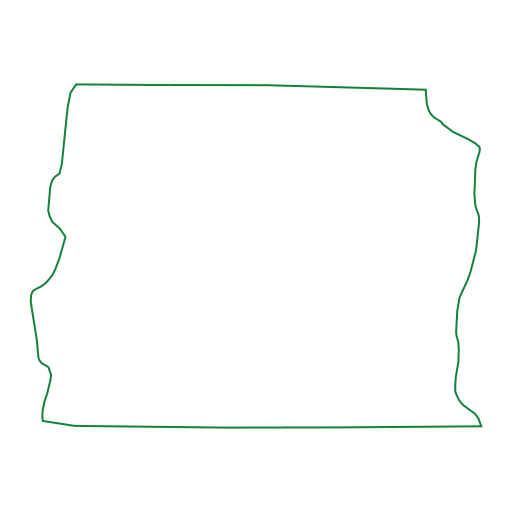 outline of Distrito Federal
{"feature_id": "BRA-599", "entity_name": "Distrito Federal", "entity_type": "Federal District", "adm_level": 1, "iso_a3": "BRA", "parent_name": "Brazil", "parent_adm1": "", "projection": "equal_earth", "projection_center": [-47.783, -15.766], "detail": "fine", "context": "isolated", "style": "outline", "palette": "green", "viewbox_px": 512, "rotation_deg": 0, "n_neighbors": 0, "source": "natural_earth", "source_scale": "10m", "svg_char_len": 1112}
<svg xmlns="http://www.w3.org/2000/svg" viewBox="0 0 512 512"><path d="M76.1,84.4L144.9,84.9L267.1,85.2L425.8,89.7L425.9,93.1L426.9,104.3L428.7,110.1L430.5,113.6L432.5,115.9L434.5,117.7L441.3,122.0L442.8,124.3L453.3,132.1L468.7,139.4L475.3,143.4L479.4,146.8L479.9,149.6L479.3,152.5L476.5,161.7L475.4,169.3L474.4,193.5L475.2,204.4L475.9,207.5L478.8,215.6L479.2,221.4L476.1,250.2L470.5,271.9L467.6,280.1L459.6,297.3L457.3,310.7L456.1,332.3L456.5,335.7L458.4,342.5L458.8,349.4L458.4,361.7L455.7,377.8L455.2,386.1L455.3,391.4L456.3,394.4L458.6,399.2L459.9,401.3L463.4,405.3L475.0,413.8L478.4,418.4L481.3,426.3L340.9,427.4L225.8,427.6L74.9,425.9L42.8,421.0L42.4,417.6L42.4,413.9L42.7,410.2L44.5,401.4L47.2,393.6L50.3,380.6L51.1,374.9L48.4,367.1L41.7,363.2L39.7,360.7L38.4,357.6L37.0,341.2L30.7,301.7L31.1,295.5L32.4,291.7L34.3,289.9L41.2,286.4L45.3,283.4L49.0,279.4L52.4,275.0L55.2,269.6L59.6,257.8L65.5,236.8L60.1,228.9L52.2,221.8L49.5,215.9L48.2,210.5L50.2,187.6L51.0,184.2L52.0,181.0L53.5,178.5L55.3,176.5L59.4,173.7L61.8,164.2L67.6,107.5L70.6,92.6L76.1,84.4Z" fill="none" stroke="#15803d" stroke-width="2"/></svg>